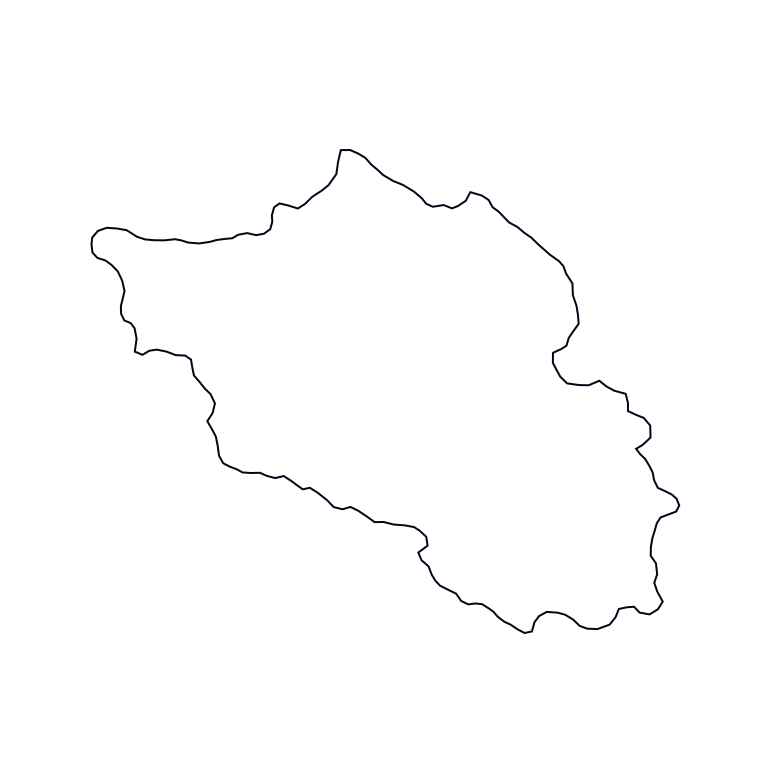 Conceição da Aparecida, Minas Gerais, Brazil, rotated 188°
{"feature_id": "56859067B12007549634062", "entity_name": "Conceição da Aparecida", "entity_type": "district", "adm_level": 2, "iso_a3": "BRA", "parent_name": "Brazil", "parent_adm1": "Minas Gerais", "projection": "albers", "projection_center": [-46.222, -21.097], "detail": "fine", "context": "isolated", "style": "outline", "palette": "ink", "viewbox_px": 768, "rotation_deg": 188, "n_neighbors": 0, "source": "geoboundaries", "source_scale": "gbopen_adm2", "svg_char_len": 2773}
<svg xmlns="http://www.w3.org/2000/svg" viewBox="0 0 768 768"><g transform="rotate(188 384 384)"><path d="M688.6,495.8L693.3,488.4L693.1,481.6L691.0,473.6L685.4,469.0L677.3,467.6L670.7,464.2L663.3,458.5L657.7,450.0L653.9,439.9L654.7,431.2L655.4,424.5L654.1,416.9L650.0,410.8L643.2,409.0L638.7,404.4L635.3,394.4L635.3,381.4L627.2,379.3L621.0,384.3L613.8,386.4L603.9,385.8L594.1,383.6L584.8,384.5L578.5,381.3L576.2,373.9L573.4,366.0L566.4,359.9L560.8,354.5L554.4,349.9L548.7,341.2L549.7,331.3L553.8,322.6L547.4,314.4L543.1,308.3L540.1,299.7L537.4,290.0L532.3,283.2L525.3,280.7L518.4,279.2L511.6,276.7L503.0,277.4L494.5,278.8L487.2,276.7L478.7,275.7L470.4,278.9L461.8,274.8L455.4,271.3L449.8,268.4L443.0,270.9L434.3,267.0L424.0,260.9L416.7,255.1L407.6,254.2L400.1,257.6L391.9,254.9L381.9,250.1L374.1,245.9L365.3,247.3L355.0,246.2L343.7,246.9L334.3,246.5L328.3,243.7L321.0,238.7L318.3,230.0L326.6,221.9L322.2,214.6L314.5,209.6L310.2,201.8L305.9,196.5L300.5,192.1L292.8,189.5L283.4,186.4L277.4,179.9L270.0,177.5L262.7,179.4L256.1,179.6L249.7,176.7L244.2,173.9L238.6,169.1L231.5,165.2L225.3,163.4L217.2,159.5L210.2,157.0L203.1,159.5L201.8,169.1L198.2,175.7L191.1,181.0L180.0,181.7L172.4,180.7L164.0,177.1L156.6,171.7L148.6,170.0L138.6,171.0L127.1,177.1L122.2,185.4L120.1,193.9L112.1,196.8L105.3,198.2L99.1,193.2L89.0,192.8L81.4,199.0L77.7,207.3L84.6,216.6L88.7,224.8L87.0,233.5L89.7,244.2L96.0,251.0L97.0,259.8L96.8,268.2L95.5,276.5L94.5,284.0L91.5,290.4L85.1,293.9L77.0,298.3L74.7,304.7L78.3,311.1L83.8,314.7L90.7,317.0L98.4,319.3L103.1,326.2L105.6,333.7L109.5,339.4L114.8,346.0L120.6,350.2L125.3,354.9L119.3,359.8L112.6,368.1L114.6,379.9L122.0,386.5L130.2,388.6L138.6,391.1L139.8,399.3L143.3,407.9L155.0,409.4L163.5,412.6L171.2,417.2L181.2,411.2L190.8,410.1L202.8,410.1L210.5,415.8L215.0,421.9L219.7,428.4L221.0,438.4L213.3,443.3L208.6,447.4L207.5,455.2L204.2,462.0L199.6,470.7L201.6,479.6L204.3,488.3L209.3,498.2L211.4,509.8L219.0,518.6L222.7,525.6L227.8,530.0L237.8,535.2L244.3,539.5L250.7,543.7L258.4,549.4L266.2,553.3L273.8,558.1L282.5,561.3L289.3,566.6L294.5,570.7L301.0,574.1L305.9,580.7L313.2,584.2L325.2,586.0L328.6,576.7L335.6,570.5L341.1,567.4L349.7,569.5L360.4,566.3L367.4,568.4L372.4,573.2L381.1,578.7L393.1,583.8L403.1,586.3L413.9,590.8L419.9,595.0L426.9,599.3L433.9,605.3L441.6,608.6L450.2,611.0L459.3,609.6L460.4,597.5L460.4,585.3L466.6,573.2L472.8,566.6L481.0,559.5L487.1,551.5L493.7,545.8L503.4,547.4L512.5,548.3L517.4,543.7L518.5,535.5L517.2,529.1L518.2,521.5L523.8,516.1L531.3,513.6L540.5,514.4L549.2,511.5L554.6,507.2L562.7,505.3L569.7,503.3L576.3,500.5L586.4,497.5L597.5,496.8L604.7,498.0L611.1,498.3L621.4,495.7L631.6,494.4L640.6,493.9L649.3,495.5L660.2,500.5L670.0,500.8L680.3,500.1L688.6,495.8Z" fill="none" stroke="#020617" stroke-width="2"/></g></svg>